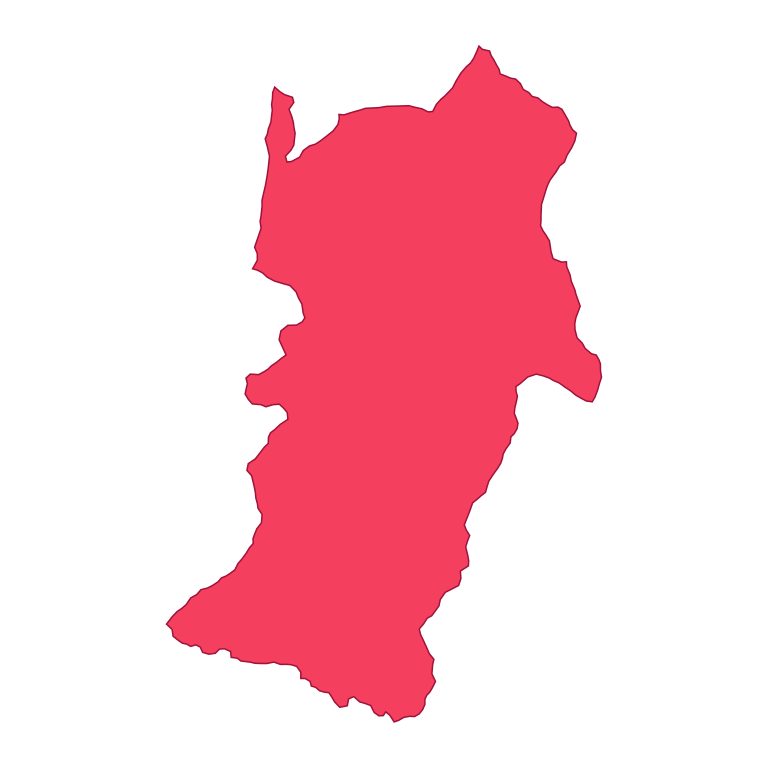 Pompéia, São Paulo, Brazil
{"feature_id": "56859067B65956509241902", "entity_name": "Pompéia", "entity_type": "district", "adm_level": 2, "iso_a3": "BRA", "parent_name": "Brazil", "parent_adm1": "São Paulo", "projection": "mercator", "projection_center": [-50.194, -22.033], "detail": "fine", "context": "isolated", "style": "filled", "palette": "rose", "viewbox_px": 768, "rotation_deg": 0, "n_neighbors": 0, "source": "geoboundaries", "source_scale": "gbopen_adm2", "svg_char_len": 4348}
<svg xmlns="http://www.w3.org/2000/svg" viewBox="0 0 768 768"><path d="M479.0,46.1L476.7,51.7L473.9,57.9L470.6,63.0L466.5,66.6L460.9,73.0L456.1,81.0L452.5,88.0L444.6,96.2L441.2,99.0L436.4,104.3L432.7,111.5L428.1,111.9L422.0,108.8L415.4,107.4L408.8,105.7L402.9,105.9L396.0,106.1L387.0,106.3L379.2,107.6L372.6,108.0L365.5,108.3L360.4,110.0L354.9,111.5L349.2,113.2L344.0,114.9L339.0,114.4L339.2,119.1L337.9,124.6L333.1,131.0L325.6,136.9L320.3,141.0L315.3,144.2L309.6,145.9L303.3,150.5L299.7,157.1L291.5,161.5L287.0,162.0L285.4,156.3L291.1,150.0L293.8,145.1L295.1,133.2L294.0,127.6L293.3,122.2L291.8,116.6L289.0,109.3L293.8,102.4L292.5,97.3L284.5,94.6L279.9,91.7L274.7,87.1L272.7,92.5L272.4,99.0L271.6,104.6L272.3,110.2L271.6,115.6L270.9,122.0L268.4,128.8L267.3,134.2L265.2,138.8L267.5,147.3L269.5,156.2L268.2,168.3L267.1,176.1L265.3,186.1L263.9,192.0L262.0,200.3L262.1,205.9L261.0,216.2L260.1,221.3L261.1,228.3L254.6,247.2L257.3,253.7L257.3,260.3L252.6,268.8L257.3,270.1L262.5,272.8L267.5,277.4L274.6,281.1L283.6,283.8L289.9,285.5L296.1,291.9L298.6,298.2L301.9,304.0L303.2,313.3L304.9,317.7L302.3,321.8L296.5,325.1L287.9,325.3L280.9,330.9L279.1,339.7L282.5,347.2L286.1,355.0L281.4,358.3L276.3,362.5L271.4,365.8L268.2,369.0L264.6,371.4L258.7,374.6L250.3,374.1L246.0,378.1L247.4,383.6L246.2,388.8L245.1,394.0L248.4,399.5L252.3,403.9L261.1,404.7L265.9,406.8L273.0,404.7L279.3,404.2L284.0,408.6L287.2,412.5L287.9,419.3L280.2,424.4L275.0,429.4L270.5,432.8L268.5,437.1L268.2,443.5L264.3,447.2L259.8,453.1L255.3,458.9L248.3,463.6L246.9,470.4L251.6,475.7L254.1,486.0L255.3,492.1L255.9,498.2L257.4,503.6L258.0,508.3L262.1,514.4L261.4,522.9L256.8,528.8L254.6,534.2L253.0,538.6L253.2,543.5L249.6,547.6L246.0,553.5L242.1,558.8L238.0,563.5L234.9,569.8L229.7,573.7L226.1,576.0L221.4,577.9L218.1,581.8L212.3,585.6L207.3,588.1L200.9,589.7L196.7,594.6L190.7,597.9L186.2,604.6L181.7,608.5L177.2,611.5L172.1,616.8L166.5,624.1L172.1,629.5L173.1,636.3L178.5,640.5L182.4,643.2L186.9,644.2L190.7,646.4L195.8,644.9L200.1,646.9L202.7,652.4L208.9,654.2L215.3,653.3L219.5,649.1L224.5,648.8L230.6,651.5L231.2,657.4L237.4,658.2L240.8,661.0L245.8,661.6L250.0,662.1L255.1,663.3L260.7,663.5L266.9,663.5L273.9,662.1L280.4,664.4L286.1,664.3L291.2,664.7L296.7,666.4L300.8,672.3L300.8,678.5L305.1,678.5L310.1,681.4L311.3,686.0L315.8,687.4L319.6,690.8L324.6,692.2L328.9,692.7L331.6,696.8L334.8,702.1L339.8,707.3L347.3,705.8L348.6,698.9L353.8,696.6L359.7,701.9L364.9,703.4L370.7,705.5L374.2,712.5L378.9,715.8L383.3,715.6L385.7,711.9L389.8,715.2L394.1,721.9L398.4,720.5L404.0,717.3L409.7,716.3L414.5,716.6L419.2,713.9L422.6,709.7L424.9,704.4L424.9,699.4L426.7,695.3L429.8,692.1L432.4,687.7L435.5,681.4L431.9,673.8L432.7,664.4L433.9,659.3L429.4,653.8L425.8,645.7L423.3,640.2L420.7,634.9L419.2,629.0L423.6,623.9L427.2,618.2L431.7,615.8L435.9,610.1L438.9,606.0L440.3,599.5L445.3,592.3L450.9,589.5L458.6,585.5L460.9,578.6L460.4,571.1L468.4,565.9L468.7,560.6L467.7,555.2L465.7,546.9L467.7,540.5L469.7,535.5L466.4,530.3L464.3,524.9L467.0,518.0L470.3,509.6L472.6,502.9L477.2,499.2L480.8,496.0L485.5,492.3L487.4,485.6L488.8,481.2L492.8,475.0L497.8,468.1L500.8,463.1L502.4,458.4L503.2,454.0L505.9,448.9L510.2,443.0L510.9,436.9L514.1,433.8L517.0,428.9L518.0,423.2L516.1,417.9L514.3,413.4L514.8,408.1L516.6,400.5L517.4,396.1L516.1,391.7L515.9,386.6L520.2,383.6L527.7,377.0L536.3,374.1L543.3,375.9L549.2,378.0L553.4,380.5L559.1,382.9L564.8,387.0L570.7,390.9L575.4,394.9L580.3,397.8L586.3,401.0L592.2,401.8L594.9,397.3L597.5,390.5L599.4,383.6L601.5,377.3L600.5,370.8L600.4,363.8L598.8,359.5L596.2,355.0L591.5,353.8L585.2,348.5L582.3,343.2L577.1,337.9L575.0,329.7L574.8,323.4L575.9,317.7L580.2,306.2L577.3,298.2L575.9,294.1L574.8,289.7L571.3,281.3L570.0,274.7L566.7,266.7L566.4,261.8L561.6,262.1L553.1,258.7L551.0,251.5L550.3,246.2L549.4,240.8L546.0,235.2L543.0,230.8L540.6,225.9L541.0,220.1L541.0,214.9L541.3,209.6L541.5,204.5L544.3,195.4L546.2,189.1L547.8,184.7L550.1,180.0L556.0,171.9L559.6,165.9L564.4,162.0L567.1,155.1L571.6,147.9L574.8,141.0L576.5,133.2L572.5,129.7L570.0,125.2L568.6,121.0L565.0,114.6L561.9,109.3L558.0,107.1L552.3,107.4L547.6,104.9L542.6,101.8L537.9,97.9L532.2,96.5L528.8,92.5L523.3,89.5L520.4,83.6L515.7,79.1L510.5,78.1L505.3,75.9L500.1,73.9L499.2,69.6L496.6,65.1L493.7,59.6L491.2,55.7L489.6,51.0L482.3,49.3L479.0,46.1Z" fill="#f43f5e" stroke="#9f1239" stroke-width="1.5"/></svg>